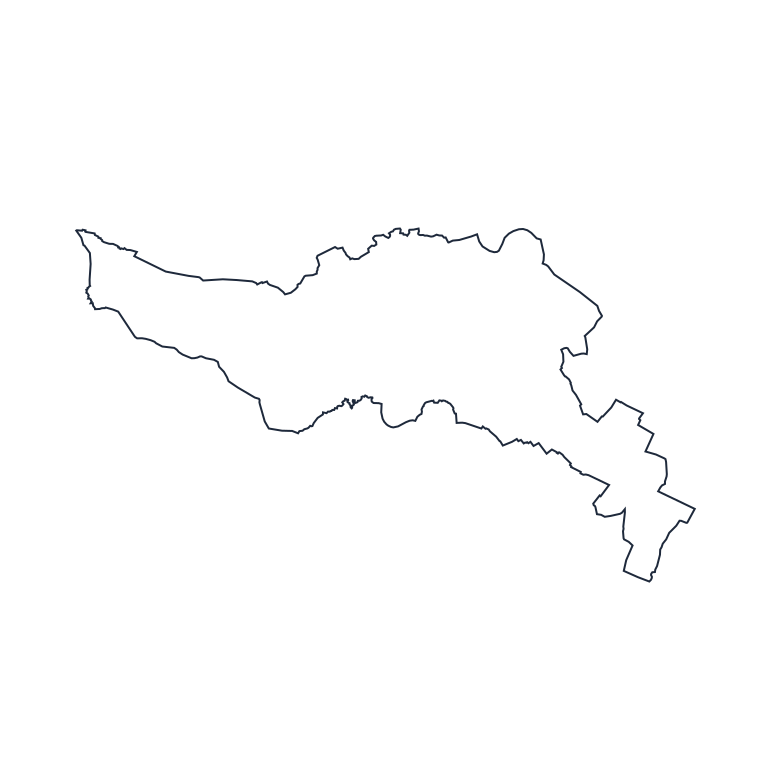 Ban Pho, Chachoengsao, Thailand (orthographic projection), rotated 186°
{"feature_id": "78962969B2229675386212", "entity_name": "Ban Pho", "entity_type": "district", "adm_level": 2, "iso_a3": "THA", "parent_name": "Thailand", "parent_adm1": "Chachoengsao", "projection": "orthographic", "projection_center": [101.082, 13.626], "detail": "fine", "context": "isolated", "style": "outline", "palette": "slate", "viewbox_px": 768, "rotation_deg": 186, "n_neighbors": 0, "source": "geoboundaries", "source_scale": "gbopen_adm2", "svg_char_len": 6135}
<svg xmlns="http://www.w3.org/2000/svg" viewBox="0 0 768 768"><g transform="rotate(186 384 384)"><path d="M493.9,327.7L480.6,326.9L470.4,327.7L464.3,326.0L463.2,328.3L460.1,329.0L458.5,330.7L455.6,331.8L454.5,332.6L453.0,334.7L451.7,334.4L450.8,334.7L449.8,337.8L446.4,343.4L441.6,347.3L441.7,349.4L438.1,349.0L436.8,350.7L435.0,350.8L434.4,351.5L433.4,351.7L432.7,352.8L430.8,353.0L430.3,354.9L428.1,354.8L428.1,356.6L427.6,357.2L426.2,357.7L424.2,357.5L423.3,358.1L422.2,359.8L423.6,361.4L422.8,362.5L421.4,363.3L421.1,365.3L420.3,365.2L419.5,364.5L418.1,364.7L417.9,364.0L418.6,363.0L418.3,362.1L416.2,361.2L416.2,360.2L415.2,359.3L414.7,357.3L413.6,356.4L413.2,357.0L413.4,359.2L412.2,359.8L411.8,360.6L413.4,363.8L413.1,364.8L411.4,364.7L411.4,363.5L410.4,362.2L408.5,363.1L408.2,364.6L406.7,364.8L405.6,365.6L404.7,367.3L405.0,368.8L403.8,369.5L402.2,369.3L401.5,370.6L399.7,370.0L399.3,369.2L397.9,368.7L395.9,369.4L394.2,369.4L394.0,368.9L394.8,367.7L394.6,365.9L394.3,365.2L392.4,364.0L387.3,364.4L384.3,363.9L383.8,355.5L381.8,349.4L379.9,346.5L377.3,344.1L375.4,343.0L372.5,342.0L370.2,341.8L365.6,343.3L358.2,348.3L354.6,350.2L351.7,350.9L349.0,350.6L347.4,354.9L345.3,357.1L343.6,358.1L343.4,360.5L344.0,362.6L342.9,365.7L342.2,366.3L342.3,367.0L341.3,369.2L340.1,370.2L334.6,372.3L333.8,372.1L333.1,372.6L332.2,370.7L328.6,370.9L327.2,373.5L325.3,373.4L324.7,372.9L323.6,373.8L321.3,373.6L320.2,372.9L319.1,372.9L318.1,371.9L316.9,371.7L315.9,371.1L312.9,368.0L312.4,367.2L312.6,365.8L310.6,362.1L309.3,362.0L307.7,352.9L302.2,353.7L299.0,353.6L282.5,349.9L281.3,352.1L278.4,350.1L277.6,350.5L275.1,349.7L273.7,348.0L266.9,343.3L263.1,339.3L262.4,339.2L259.4,335.2L250.6,339.9L246.2,343.2L244.4,341.2L242.0,342.7L238.8,339.5L237.5,340.5L236.4,340.4L235.6,341.1L234.2,340.2L232.3,341.8L228.8,338.0L224.0,341.4L215.0,331.7L210.2,336.4L205.2,334.3L204.6,333.9L204.8,333.5L203.8,333.0L203.1,334.2L202.4,334.3L199.0,332.3L197.1,330.2L189.9,324.5L190.6,322.9L189.0,321.6L189.2,320.9L179.1,317.1L179.3,315.7L176.3,314.6L173.8,315.1L171.0,314.7L149.6,307.1L156.8,295.0L157.9,295.7L163.4,286.9L162.7,285.3L161.6,284.8L160.9,283.8L158.6,276.8L154.4,276.6L150.6,275.0L144.8,276.5L135.6,279.6L133.9,280.9L131.4,284.7L131.0,281.5L131.1,267.2L130.6,265.0L130.9,262.5L129.6,255.6L129.0,254.6L124.1,252.6L119.9,249.4L124.7,234.1L126.0,223.2L111.2,218.4L99.5,215.3L98.0,217.2L97.4,219.1L97.4,220.3L98.5,222.0L98.4,223.2L97.5,224.8L94.9,225.3L94.8,227.8L93.4,231.5L91.7,243.0L92.0,248.3L90.9,250.6L90.1,254.3L87.1,259.0L84.8,265.8L78.5,273.6L75.8,278.9L74.2,279.0L68.8,277.5L67.9,277.8L61.9,292.3L100.1,305.9L98.4,309.9L96.9,312.2L94.1,314.0L94.4,316.4L93.3,321.6L93.3,323.9L95.3,335.9L96.2,338.7L97.3,339.3L106.1,342.3L116.9,344.2L110.8,362.5L127.0,369.8L125.3,374.8L126.7,375.9L126.7,376.4L123.4,382.0L140.4,388.0L146.4,390.9L146.8,390.5L151.6,392.6L155.5,384.4L163.0,374.5L164.0,374.5L167.7,368.7L179.6,375.3L182.8,374.6L186.8,383.0L185.7,384.4L191.9,393.2L195.8,397.2L197.6,402.2L198.6,403.9L198.3,404.6L200.4,407.9L204.2,410.5L204.8,410.5L205.9,411.6L210.0,416.9L208.7,418.5L209.5,419.6L207.9,424.9L209.0,432.3L211.3,436.6L208.5,438.4L206.3,439.0L205.0,438.7L202.5,435.4L198.5,431.8L190.9,434.8L188.4,435.2L185.5,434.9L185.5,439.7L188.7,451.6L189.4,452.7L181.0,462.3L178.6,468.6L174.5,473.8L174.4,474.6L177.8,479.2L180.0,484.0L198.8,495.9L226.1,510.7L233.0,518.1L235.1,519.4L238.8,520.4L238.2,523.8L238.5,529.6L243.3,544.1L247.4,544.8L253.3,549.7L257.5,551.9L261.9,552.7L266.0,552.0L271.3,549.6L275.5,546.6L279.3,542.0L281.0,535.6L283.7,528.6L285.4,527.2L288.2,526.6L292.9,527.4L300.4,531.1L304.2,535.7L307.1,542.6L312.7,539.8L324.2,535.1L330.6,533.8L334.4,531.5L335.0,531.6L338.0,536.2L339.5,535.8L341.8,537.7L344.6,537.5L347.3,538.0L350.6,536.0L352.6,535.5L356.8,536.1L358.9,535.8L360.7,536.3L363.2,535.9L364.5,536.0L365.5,536.6L365.8,537.4L365.2,539.5L365.9,542.2L370.8,540.6L374.8,540.0L375.1,539.0L374.6,537.1L376.4,533.8L377.8,534.7L380.2,534.6L380.7,535.8L383.7,535.7L383.5,539.2L384.4,540.3L388.5,539.5L390.2,538.5L391.1,536.7L392.6,536.2L394.8,534.4L393.6,533.2L393.4,531.9L393.9,530.7L395.0,529.7L398.2,530.9L400.4,532.3L402.4,531.4L407.0,530.7L408.6,530.2L410.0,528.4L410.1,527.5L408.9,525.9L406.7,524.5L406.2,521.9L408.2,520.3L410.7,520.3L413.9,516.8L412.9,513.6L420.3,508.1L422.3,505.8L426.6,505.1L428.7,505.6L430.6,504.5L431.5,506.2L433.5,507.3L435.3,508.9L436.0,510.4L438.0,512.5L439.5,515.3L444.2,513.7L447.0,515.1L463.5,504.6L464.1,502.4L463.0,500.8L460.8,495.4L462.2,492.3L462.0,490.6L462.6,488.9L462.4,486.8L466.3,484.8L473.2,483.5L474.4,482.7L477.8,475.2L479.4,474.6L480.4,473.6L480.1,471.5L482.1,468.9L486.2,465.0L491.8,462.8L493.8,464.9L499.6,468.7L507.8,470.6L509.8,471.7L511.1,473.7L515.4,471.7L516.0,472.5L516.6,472.3L520.5,469.7L521.6,471.0L525.7,472.3L541.3,472.0L555.2,471.3L574.7,468.0L578.5,470.7L579.9,470.9L589.6,471.1L612.8,473.0L645.7,485.0L643.6,489.5L650.2,490.7L654.0,490.5L656.3,492.0L657.2,491.0L659.6,491.4L660.1,490.7L661.3,491.1L661.7,492.2L662.7,492.1L662.8,493.0L663.6,493.5L668.1,495.0L671.9,494.7L677.3,495.8L679.2,496.7L679.4,497.7L681.1,498.8L681.1,499.4L683.3,499.5L683.5,500.7L687.1,502.0L687.5,503.5L696.8,504.1L697.1,504.4L696.9,505.6L698.4,505.8L699.9,505.9L700.3,504.9L705.6,504.8L706.1,504.4L700.3,497.8L697.4,490.6L696.3,490.3L690.2,483.5L688.3,472.7L687.7,457.0L687.0,451.6L686.5,450.8L687.5,450.0L688.2,448.7L688.9,448.6L688.9,447.0L689.9,446.6L689.3,445.2L689.6,443.7L688.2,443.0L686.9,441.2L687.3,440.2L686.8,439.1L687.2,438.0L685.5,438.1L684.4,437.4L684.2,436.3L683.3,435.5L684.2,433.6L682.1,433.9L681.4,431.3L679.5,429.3L679.2,428.2L674.6,428.9L672.5,429.9L669.5,430.3L668.8,431.0L661.4,429.7L655.9,428.2L637.5,405.9L636.5,404.8L634.3,403.6L629.5,404.2L625.7,404.0L620.7,403.2L616.6,402.0L614.9,400.7L608.4,398.1L596.4,398.0L593.7,396.5L591.4,394.3L587.3,392.2L578.1,389.5L575.5,389.8L572.3,390.8L569.9,392.2L568.3,392.4L563.8,391.0L555.6,390.3L551.6,388.6L549.8,383.9L544.5,379.4L540.7,374.1L538.9,370.5L529.0,365.2L513.9,358.3L511.0,357.0L506.8,356.2L506.0,355.0L506.0,352.8L505.4,351.0L498.7,334.3L493.9,327.7Z" fill="none" stroke="#1e293b" stroke-width="2"/></g></svg>